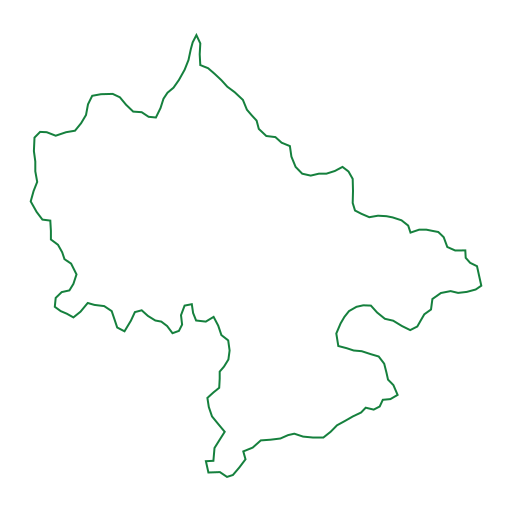 Santana do Garambéu, Minas Gerais, Brazil
{"feature_id": "56859067B9374705932151", "entity_name": "Santana do Garambéu", "entity_type": "district", "adm_level": 2, "iso_a3": "BRA", "parent_name": "Brazil", "parent_adm1": "Minas Gerais", "projection": "robinson", "projection_center": [-44.061, -21.638], "detail": "fine", "context": "isolated", "style": "outline", "palette": "green", "viewbox_px": 512, "rotation_deg": 0, "n_neighbors": 0, "source": "geoboundaries", "source_scale": "gbopen_adm2", "svg_char_len": 2552}
<svg xmlns="http://www.w3.org/2000/svg" viewBox="0 0 512 512"><path d="M227.0,476.9L232.9,475.0L239.3,467.5L245.5,459.3L243.3,451.4L252.7,447.6L260.8,440.4L270.6,439.7L280.4,438.5L288.1,435.1L294.3,433.7L303.1,436.6L312.6,437.5L323.4,437.5L330.6,431.8L337.0,425.3L344.5,421.2L352.9,416.4L361.1,412.5L365.7,407.7L373.7,409.6L379.7,406.5L382.8,399.8L390.4,399.1L397.6,394.9L393.4,385.1L388.0,379.6L386.5,372.8L384.2,363.7L378.7,356.5L370.9,354.2L361.7,351.2L353.7,350.5L346.7,348.2L338.3,346.0L336.3,333.5L340.6,323.4L344.4,316.9L349.0,311.1L356.5,306.8L363.3,305.3L370.9,305.6L377.1,312.5L384.9,318.8L393.2,320.7L401.9,326.0L410.2,330.1L417.3,326.5L420.6,320.7L424.3,314.3L431.0,309.5L432.4,299.0L440.9,293.0L450.6,291.1L458.1,292.9L466.8,291.9L475.7,289.5L481.3,285.7L479.0,275.3L477.0,266.2L470.1,262.8L465.7,257.8L465.3,250.4L455.2,250.5L447.3,247.0L443.7,237.2L438.3,232.0L432.5,230.9L426.5,229.7L419.1,229.7L410.5,232.6L408.2,225.6L401.5,220.3L392.6,217.4L386.5,216.2L378.0,215.7L369.3,217.2L361.4,213.8L355.0,210.5L352.7,203.0L353.0,191.0L352.7,178.9L348.5,171.5L342.5,166.9L334.8,171.0L326.3,173.7L318.8,173.7L310.7,175.6L302.2,173.7L295.6,166.9L291.4,156.6L289.9,146.1L281.6,142.7L275.4,137.1L266.3,136.0L258.8,128.9L256.6,120.6L251.7,115.3L246.9,109.7L242.9,99.9L234.8,92.3L227.3,86.7L221.4,80.2L214.7,73.9L208.1,68.2L200.3,65.1L199.7,54.3L200.3,43.4L196.4,35.1L192.7,42.3L190.8,49.2L188.5,60.0L184.6,69.8L178.9,80.0L173.5,87.7L167.5,92.7L163.5,98.7L160.5,108.1L155.9,117.5L148.6,116.8L141.7,112.2L133.2,111.6L126.0,104.7L119.9,97.3L112.7,93.9L101.0,94.2L92.2,95.8L88.0,104.3L86.0,115.0L81.1,123.2L75.0,130.7L66.1,132.2L55.7,135.7L46.7,132.2L40.1,131.9L34.5,137.6L33.9,151.1L35.3,161.5L35.3,171.3L37.2,181.9L33.6,191.0L30.7,201.4L36.6,211.9L42.4,219.6L50.3,220.6L50.9,230.9L50.9,239.5L58.0,244.8L62.2,252.3L64.5,259.2L71.1,263.6L76.5,274.4L73.4,283.9L69.4,290.4L61.7,292.1L55.7,297.9L54.8,306.8L60.7,311.1L66.8,313.7L73.4,317.4L80.5,311.7L87.7,303.0L94.4,304.9L104.2,306.1L111.7,311.1L114.7,320.0L117.2,327.5L124.5,331.3L130.9,320.7L134.9,312.1L141.7,310.3L147.9,315.9L155.3,320.5L161.3,321.6L167.1,326.0L172.5,333.2L178.9,330.9L182.1,324.6L181.0,315.2L184.6,305.6L191.8,304.2L193.1,313.0L196.1,320.5L205.8,321.6L213.6,316.9L218.2,325.6L221.4,335.1L228.2,340.4L229.6,350.5L228.4,359.5L224.0,366.6L219.7,371.6L219.7,378.7L219.2,387.8L213.6,392.3L207.4,397.9L208.8,407.0L212.0,416.4L217.8,423.5L224.7,431.8L219.7,439.7L214.5,448.0L213.4,460.8L205.9,461.2L208.4,472.5L219.9,472.1L227.0,476.9Z" fill="none" stroke="#15803d" stroke-width="2"/></svg>